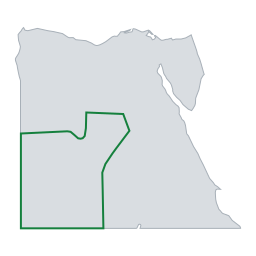 A-Dakhla Oasis, Al Wadi at Jadid, Egypt (highlighted)
{"feature_id": "37247803B63195966732086", "entity_name": "A-Dakhla Oasis", "entity_type": "district", "adm_level": 2, "iso_a3": "EGY", "parent_name": "Egypt", "parent_adm1": "Al Wadi at Jadid", "projection": "mercator", "projection_center": [27.396, 24.837], "detail": "fine", "context": "in_parent", "style": "outline", "palette": "green", "viewbox_px": 256, "rotation_deg": 0, "n_neighbors": 0, "source": "geoboundaries", "source_scale": "gbopen_adm2", "svg_char_len": 3356}
<svg xmlns="http://www.w3.org/2000/svg" viewBox="0 0 256 256"><path d="M240.6,228.3L234.6,228.4L228.5,228.4L222.4,228.4L216.3,228.4L210.3,228.4L204.2,228.4L198.1,228.4L192.0,228.4L186.0,228.4L179.9,228.4L173.8,228.4L167.7,228.4L161.7,228.4L155.6,228.4L149.5,228.4L143.4,228.4L140.0,228.4L140.6,226.6L140.9,225.3L140.5,224.5L139.3,224.2L138.6,224.5L136.8,228.2L135.8,228.4L133.7,228.4L126.6,228.4L119.5,228.4L112.4,228.4L105.4,228.4L98.3,228.4L91.2,228.4L84.1,228.4L77.1,228.4L70.0,228.4L62.9,228.4L55.9,228.4L48.8,228.4L41.7,228.4L34.6,228.4L27.6,228.4L20.5,228.4L20.5,223.9L20.5,219.4L20.5,214.9L20.5,210.4L20.5,205.9L20.5,201.3L20.5,196.8L20.5,192.3L20.5,187.7L20.5,183.2L20.5,178.6L20.5,174.0L20.5,169.4L20.5,164.9L20.5,160.3L20.5,155.7L20.5,151.0L20.5,146.4L20.5,141.8L20.5,137.1L20.5,132.5L20.5,127.8L20.5,123.2L20.5,118.5L20.5,113.8L20.5,109.1L20.5,104.4L20.5,99.7L20.5,95.0L20.5,90.2L20.5,85.5L20.5,80.7L20.3,79.8L19.3,76.6L18.4,72.5L17.4,67.4L17.2,65.7L15.5,60.5L15.4,59.0L15.8,57.9L18.6,53.5L19.4,51.3L20.1,48.7L20.4,46.6L19.5,43.4L18.6,40.5L18.3,37.5L18.1,34.6L19.6,32.6L21.3,30.7L21.9,29.5L22.9,28.2L23.6,27.6L25.0,30.2L27.9,30.7L37.4,28.4L47.8,30.7L53.6,31.6L62.5,33.6L67.9,37.2L69.4,37.7L73.2,37.6L75.8,39.7L85.9,40.7L91.3,43.0L94.4,44.9L96.2,45.5L97.9,45.4L100.1,44.7L102.8,43.4L105.9,41.6L112.1,36.9L114.3,36.1L115.8,36.3L117.5,36.2L118.3,35.0L119.2,34.1L119.8,33.1L120.7,31.9L124.0,31.6L130.5,29.5L129.8,30.5L123.8,32.8L126.4,33.1L129.0,32.3L132.0,31.8L132.5,30.8L132.9,29.0L133.5,28.7L135.5,29.1L141.6,31.9L143.2,31.9L147.5,30.4L148.4,30.1L149.8,30.9L153.0,34.4L151.9,34.4L148.5,31.4L148.2,32.9L146.2,35.5L148.6,36.6L150.6,37.0L151.7,38.5L152.3,39.8L154.3,39.2L155.7,37.5L154.9,36.5L154.5,35.5L155.1,35.4L156.4,36.3L160.3,39.6L161.6,40.3L163.1,40.2L166.3,39.3L167.1,39.4L171.4,38.2L171.9,39.1L172.6,40.0L176.0,39.0L181.3,39.0L185.7,37.9L190.7,35.2L191.1,34.8L191.4,35.5L192.0,37.3L193.6,41.9L194.9,45.5L196.6,50.5L197.1,52.4L197.3,53.7L199.7,59.2L201.1,63.7L202.1,67.3L203.6,72.6L204.2,74.4L203.2,75.4L201.1,78.8L198.9,89.7L195.7,98.1L195.4,103.4L194.9,105.3L193.4,108.0L191.6,110.6L188.3,109.2L183.0,104.6L180.0,100.3L176.7,97.4L173.6,93.7L172.7,91.0L172.7,89.3L171.4,85.0L170.4,83.0L166.6,78.5L165.5,76.1L164.6,75.0L163.8,73.5L162.4,67.6L160.9,63.9L159.2,64.9L159.5,66.5L158.0,68.6L157.1,71.2L157.8,73.2L160.9,76.4L161.5,77.7L162.3,80.7L162.1,84.7L162.7,86.1L165.0,89.1L165.8,90.8L166.3,92.4L167.1,93.8L169.4,96.3L172.7,101.3L175.9,104.6L178.1,106.2L179.1,107.8L179.3,111.9L179.1,113.9L181.1,117.5L181.9,119.4L183.8,120.9L184.7,122.7L185.5,125.5L186.7,133.8L188.4,135.8L193.6,146.7L197.9,153.6L200.1,158.7L203.3,164.9L209.6,178.4L213.3,182.6L214.8,184.9L217.6,186.7L220.5,189.3L217.7,189.1L217.0,189.2L216.0,189.7L215.5,191.2L215.3,192.5L215.7,199.3L216.4,202.8L218.9,209.3L220.8,211.3L221.7,212.6L222.9,213.5L228.8,215.7L232.2,220.4L239.9,226.3L240.6,228.0L240.6,228.3Z" fill="#d9dde1" stroke="#a8b0b8" stroke-width="1"/><path d="M123.2,114.0L86.3,112.5L85.9,128.2L84.7,136.0L82.7,138.2L80.6,138.7L78.1,138.3L74.4,135.0L70.6,131.8L67.3,131.3L20.9,133.5L20.9,134.4L20.9,141.4L20.9,146.9L20.9,148.5L20.9,153.7L20.9,160.7L20.9,167.0L20.9,170.8L20.9,176.0L20.9,184.0L20.9,188.5L20.9,228.3L103.4,228.3L102.7,190.9L102.3,172.6L105.4,164.0L112.5,153.4L116.6,147.8L129.4,130.8L123.2,114.0Z" fill="none" stroke="#15803d" stroke-width="2"/></svg>